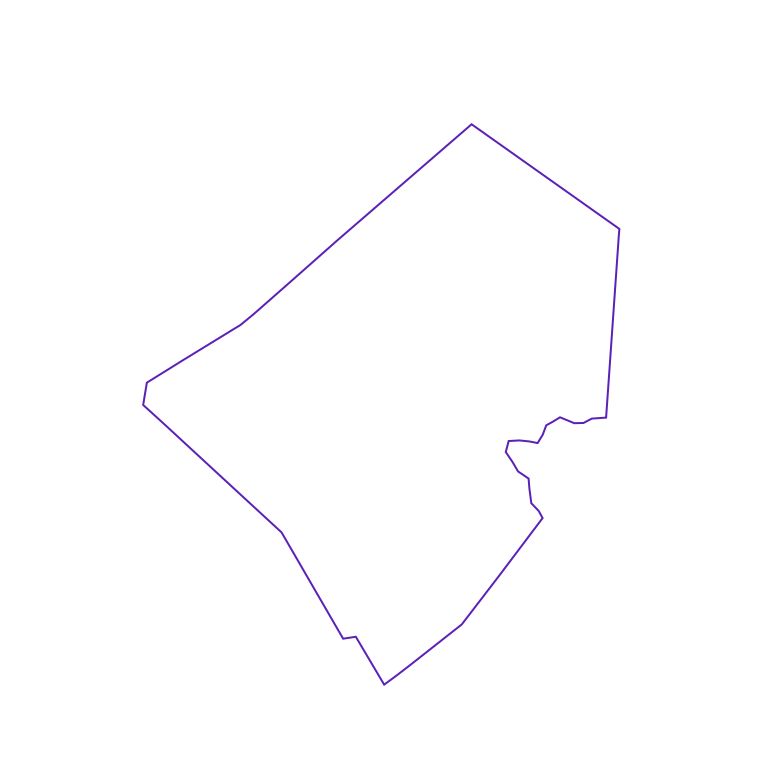 the district of Vera Mendes, Piauí, Brazil, rotated 115°
{"feature_id": "56859067B19964079980967", "entity_name": "Vera Mendes", "entity_type": "district", "adm_level": 2, "iso_a3": "BRA", "parent_name": "Brazil", "parent_adm1": "Piauí", "projection": "natural_earth1", "projection_center": [-41.499, -7.609], "detail": "fine", "context": "isolated", "style": "outline", "palette": "violet", "viewbox_px": 768, "rotation_deg": 115, "n_neighbors": 0, "source": "geoboundaries", "source_scale": "gbopen_adm2", "svg_char_len": 682}
<svg xmlns="http://www.w3.org/2000/svg" viewBox="0 0 768 768"><g transform="rotate(115 384 384)"><path d="M483.0,599.5L504.8,593.4L513.1,566.7L543.8,470.6L561.8,414.1L632.1,313.4L625.0,302.7L656.4,256.8L643.6,249.8L628.6,242.0L569.0,211.9L529.8,203.2L509.0,198.6L438.5,183.6L433.7,190.1L429.8,200.1L417.2,208.1L408.6,213.0L406.6,225.5L400.3,234.7L394.2,244.9L383.0,246.9L377.9,237.4L374.6,227.9L372.6,219.8L362.7,218.7L352.9,219.5L346.6,214.9L339.8,210.4L339.1,195.0L335.0,186.7L327.5,181.0L320.6,168.5L150.0,234.0L144.0,236.2L111.6,414.4L274.4,487.4L334.6,513.6L375.4,531.5L391.3,539.1L396.5,542.6L448.2,576.8L483.0,599.5Z" fill="none" stroke="#5b21b6" stroke-width="2"/></g></svg>